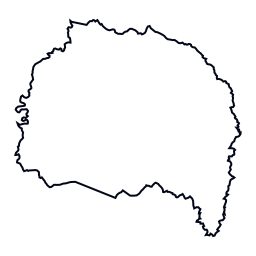 Morrinhos, Goiás, Brazil (orthographic projection)
{"feature_id": "56859067B47188635940101", "entity_name": "Morrinhos", "entity_type": "district", "adm_level": 2, "iso_a3": "BRA", "parent_name": "Brazil", "parent_adm1": "Goiás", "projection": "orthographic", "projection_center": [-49.117, -17.8], "detail": "fine", "context": "isolated", "style": "outline", "palette": "ink", "viewbox_px": 256, "rotation_deg": 0, "n_neighbors": 0, "source": "geoboundaries", "source_scale": "gbopen_adm2", "svg_char_len": 5733}
<svg xmlns="http://www.w3.org/2000/svg" viewBox="0 0 256 256"><path d="M230.0,167.7L230.5,166.2L231.3,165.0L231.2,163.3L230.1,161.4L227.9,160.8L228.3,159.7L229.3,158.9L228.7,157.6L229.0,156.4L231.9,156.4L232.7,155.2L234.2,154.6L234.3,153.5L234.1,152.4L234.0,151.0L235.1,149.9L233.8,148.7L232.3,148.3L229.3,148.2L230.8,146.1L231.3,145.0L231.7,143.6L232.7,142.4L234.3,141.2L234.6,139.7L235.1,138.6L236.0,137.0L237.9,136.7L239.2,136.0L240.5,134.0L240.6,132.5L239.7,132.9L239.2,130.2L238.4,131.0L237.8,129.5L237.2,128.6L236.4,127.6L238.1,127.6L238.5,126.5L237.6,125.4L238.5,124.2L239.0,123.2L238.1,122.3L237.2,121.9L237.4,120.6L236.7,119.3L235.3,118.5L234.8,117.6L235.5,116.7L234.5,115.1L234.0,114.1L233.0,113.4L232.1,112.6L231.3,109.5L230.4,107.6L232.0,107.1L233.0,107.1L234.1,105.7L233.8,104.6L233.5,102.9L232.9,101.5L232.6,100.4L232.9,99.1L233.1,97.6L232.6,96.4L233.1,94.7L232.3,93.9L230.9,92.9L232.2,91.1L231.3,89.5L230.7,88.2L229.5,87.4L228.9,85.8L228.8,84.3L226.2,82.8L226.0,81.6L225.0,81.1L223.3,81.6L222.5,80.6L221.1,79.6L219.4,79.1L218.4,78.9L217.2,79.1L216.8,77.8L217.0,75.9L215.8,74.9L215.3,73.5L214.5,72.7L214.3,70.0L213.7,69.0L213.8,67.4L211.5,65.3L210.4,64.7L209.3,64.3L208.3,64.3L207.0,63.8L206.3,62.2L205.5,61.1L205.5,59.9L206.2,58.9L203.6,58.1L202.5,57.0L203.0,55.8L201.7,54.6L200.7,53.4L199.6,52.6L197.2,50.5L195.9,48.6L194.6,47.4L193.2,47.3L192.2,46.9L191.2,46.0L191.0,44.8L190.0,44.1L188.5,44.0L187.7,44.6L186.5,44.6L185.6,44.0L184.5,44.4L182.5,42.6L180.5,43.2L178.9,43.1L177.9,42.4L176.6,41.3L174.6,40.0L173.0,40.1L171.8,39.9L170.3,39.6L167.7,39.2L166.0,38.0L164.5,36.1L162.6,34.8L160.8,33.8L157.6,32.3L155.2,31.8L150.8,28.2L149.6,26.0L147.7,26.6L146.5,29.1L146.0,30.9L145.1,32.7L143.4,33.8L142.0,34.4L140.9,33.3L139.5,33.4L138.0,33.6L137.5,32.2L135.3,30.3L131.8,28.8L129.9,28.9L128.3,30.1L127.3,31.3L125.6,31.6L124.0,32.5L122.9,33.7L121.7,34.0L120.2,33.8L118.1,33.8L115.2,32.3L115.0,31.0L114.4,29.8L113.0,29.3L109.4,30.3L107.7,29.8L105.8,28.7L102.9,26.2L101.6,24.0L100.5,24.6L99.5,23.5L97.4,20.1L95.3,21.5L94.4,20.4L93.2,20.0L92.0,21.2L90.2,21.1L89.2,21.8L88.0,23.1L86.6,24.9L71.6,21.8L70.4,20.8L70.6,22.6L71.2,23.6L71.7,24.8L72.4,25.8L71.8,27.1L70.8,27.6L68.6,27.2L67.5,28.8L68.3,29.9L68.5,31.2L67.9,32.5L68.2,34.0L68.3,36.8L70.0,38.2L70.4,40.7L70.5,42.6L68.4,42.3L67.1,42.7L65.7,43.4L64.7,44.2L65.1,47.7L64.3,48.8L64.1,50.3L62.9,51.3L61.5,50.7L61.4,49.1L60.4,48.4L58.9,49.6L56.7,49.2L55.4,48.5L54.0,48.8L53.5,49.9L53.3,51.1L52.2,51.8L52.5,52.9L51.5,53.1L48.9,53.1L47.6,53.7L48.2,54.7L49.6,55.7L49.5,57.0L48.4,57.9L46.5,58.2L45.3,58.8L43.2,58.9L42.2,59.7L41.0,60.9L39.9,61.7L38.3,62.5L35.3,64.2L34.4,65.4L33.4,67.0L33.2,68.2L33.0,69.5L32.6,71.0L32.6,73.0L31.9,74.7L32.5,76.2L32.8,77.8L33.1,79.6L31.1,82.2L30.4,83.2L30.4,84.7L31.1,86.5L31.4,88.0L30.7,88.9L29.6,89.6L28.7,90.2L28.5,91.6L29.5,93.1L29.1,94.1L29.4,95.6L28.3,96.9L26.3,97.9L24.9,97.5L23.8,96.9L22.5,95.5L21.0,96.7L20.6,98.2L20.2,100.3L20.3,101.6L21.4,102.5L22.6,102.8L23.8,103.2L25.0,104.4L24.8,105.6L23.8,105.9L18.2,106.6L16.2,108.2L15.7,109.7L17.0,111.3L17.8,112.1L19.1,112.4L20.1,111.5L20.6,110.2L21.8,109.4L23.5,109.5L26.6,109.2L28.0,111.0L27.5,112.5L26.4,113.8L26.6,115.1L27.8,116.1L26.0,117.8L23.6,117.4L22.2,118.4L21.8,120.1L23.2,121.0L24.7,120.5L25.8,119.7L27.1,120.0L27.7,120.9L28.0,122.2L27.7,123.6L26.4,123.7L24.6,123.6L21.8,124.2L19.9,124.8L18.9,124.2L17.5,123.2L18.1,125.0L18.7,126.2L19.9,127.5L21.8,128.5L21.8,130.3L22.4,131.3L23.1,132.5L22.7,134.4L22.7,136.1L23.1,137.9L22.0,139.1L20.8,140.2L20.0,141.5L19.1,143.7L19.0,145.8L17.9,146.7L18.3,148.3L18.5,149.7L18.0,150.8L17.0,151.7L15.9,153.0L15.4,155.0L16.8,154.9L18.6,154.3L19.4,155.7L19.5,157.9L18.9,158.9L17.4,160.2L17.0,162.4L20.2,163.7L21.0,165.3L21.7,166.5L22.4,167.5L23.1,169.7L24.1,171.2L27.1,170.1L28.2,170.9L29.1,170.5L30.2,170.4L32.1,170.3L34.6,170.1L35.8,170.1L37.2,170.5L38.9,172.1L39.0,175.1L39.5,176.1L39.4,177.3L40.6,178.0L41.8,177.4L44.7,181.1L45.4,182.7L46.4,183.8L47.1,185.0L48.4,186.2L49.7,187.2L51.2,187.0L54.1,184.8L58.6,184.9L60.2,184.7L63.2,183.6L66.2,183.3L69.1,182.4L71.0,182.0L73.9,181.9L75.2,181.8L115.4,197.9L116.9,195.0L118.4,193.6L119.9,192.7L121.3,192.2L122.8,190.4L130.1,195.6L133.4,195.7L136.7,195.4L139.4,193.5L141.5,190.6L142.5,189.8L145.0,187.0L145.9,186.4L146.3,185.3L147.7,185.8L149.0,185.8L150.2,186.6L151.7,186.7L152.3,185.7L154.5,183.4L155.6,182.7L157.2,183.4L158.4,184.1L159.5,185.6L160.7,186.6L161.8,187.9L162.8,189.5L163.1,192.0L164.1,192.2L166.9,190.8L167.6,191.9L169.2,191.8L171.4,192.8L172.5,193.1L172.7,194.2L174.5,194.7L175.6,195.4L175.8,196.8L176.8,197.4L177.9,197.1L180.0,195.2L181.2,194.9L182.6,194.0L184.1,196.4L184.7,197.9L185.5,198.7L188.4,197.7L190.0,196.4L192.1,198.5L193.1,200.8L193.4,205.8L193.9,207.1L194.2,208.4L196.5,207.2L198.5,207.3L199.3,208.4L200.4,209.1L200.0,210.1L199.2,211.5L198.9,213.4L200.2,213.2L199.6,214.6L199.4,217.4L200.3,218.6L199.0,218.9L197.8,220.3L196.9,220.6L196.5,221.8L200.3,222.2L200.5,223.7L203.0,223.5L203.5,224.9L204.1,226.0L202.9,226.7L203.5,228.5L204.9,229.8L206.7,229.7L207.5,231.2L207.4,232.5L205.9,235.0L207.1,234.8L209.5,235.4L210.5,233.6L212.4,234.8L213.1,236.0L214.7,235.5L215.6,233.4L217.1,232.0L218.7,230.9L217.2,229.6L218.1,228.3L219.6,226.6L220.7,224.7L219.6,223.3L219.0,221.5L219.9,220.8L221.6,220.3L222.7,220.2L224.5,218.1L223.8,216.4L223.1,214.4L223.7,213.2L224.6,213.9L224.0,211.6L224.6,210.6L224.3,208.5L225.0,207.4L224.0,207.0L226.0,201.8L226.1,200.1L225.2,199.1L223.8,198.7L225.7,196.5L226.9,195.8L228.0,194.6L226.3,193.9L226.6,192.2L228.2,190.5L228.5,188.6L228.3,186.2L229.5,185.1L230.0,181.5L230.7,179.9L231.7,179.1L232.8,178.7L234.4,177.6L233.2,176.6L231.9,176.2L231.1,175.3L230.0,174.4L228.8,172.7L230.8,169.5L230.0,167.7Z" fill="none" stroke="#020617" stroke-width="2"/></svg>